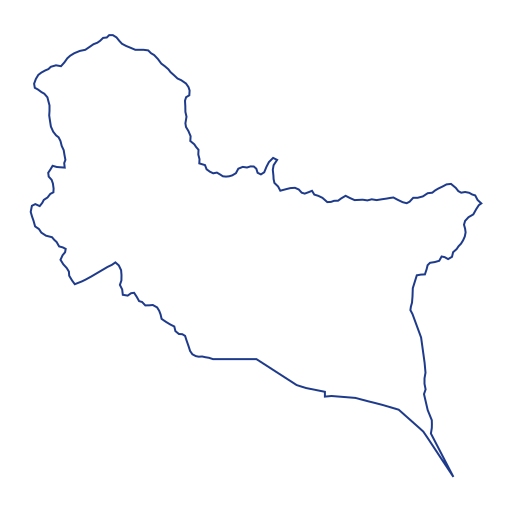 Cícero Dantas, Bahia, Brazil (Robinson projection)
{"feature_id": "56859067B8111110318306", "entity_name": "Cícero Dantas", "entity_type": "district", "adm_level": 2, "iso_a3": "BRA", "parent_name": "Brazil", "parent_adm1": "Bahia", "projection": "robinson", "projection_center": [-38.461, -10.521], "detail": "fine", "context": "isolated", "style": "outline", "palette": "blue", "viewbox_px": 512, "rotation_deg": 0, "n_neighbors": 0, "source": "geoboundaries", "source_scale": "gbopen_adm2", "svg_char_len": 3727}
<svg xmlns="http://www.w3.org/2000/svg" viewBox="0 0 512 512"><path d="M277.1,159.9L273.1,157.9L268.9,162.1L266.5,166.7L264.2,172.3L260.9,174.4L257.6,172.8L256.3,168.7L253.8,166.5L250.5,166.4L247.0,167.5L242.7,166.9L238.3,168.7L235.9,173.2L232.2,175.4L229.1,176.3L226.0,176.6L222.9,176.3L220.3,174.6L216.9,172.6L213.2,173.3L209.9,171.7L206.6,169.3L205.0,165.1L199.3,163.4L199.5,159.2L198.3,154.5L198.5,149.8L196.1,147.0L194.3,144.3L190.3,141.0L190.6,136.2L188.4,131.0L186.0,127.0L185.4,123.3L186.5,116.7L185.4,111.9L185.3,106.2L185.0,100.7L186.1,97.2L189.3,95.3L189.6,90.5L188.5,87.1L186.0,83.5L181.2,80.2L177.5,78.5L174.1,75.3L170.5,72.1L168.4,69.3L164.8,66.2L161.3,63.6L157.9,59.0L154.2,55.1L151.0,53.2L148.2,50.4L143.5,49.8L139.4,49.8L135.3,49.8L130.4,47.7L126.2,46.0L122.0,43.8L119.4,41.0L116.5,37.4L112.8,35.1L109.2,35.1L106.8,37.5L103.1,37.9L100.1,40.8L97.4,42.7L93.5,44.2L89.3,47.1L85.3,49.8L79.9,50.9L74.3,53.2L70.2,55.7L67.3,58.3L64.4,62.4L61.0,66.2L56.0,65.3L50.8,66.8L48.4,69.1L45.3,70.4L41.3,72.6L38.3,74.9L35.9,78.9L34.1,83.7L34.8,87.8L37.8,89.4L41.6,92.2L44.3,93.7L47.4,97.3L48.5,101.6L49.5,105.4L49.5,110.9L49.2,115.5L50.0,120.9L50.9,126.6L53.2,131.7L56.1,135.4L58.6,137.3L60.5,141.1L61.7,145.9L63.7,150.2L64.4,154.5L65.4,159.9L64.2,163.1L64.7,167.6L56.8,167.0L52.6,165.8L50.4,169.5L48.2,172.8L48.7,176.6L51.6,179.8L52.9,183.5L53.6,188.6L53.4,192.3L50.3,193.9L47.5,197.5L43.8,199.9L42.3,202.8L39.7,206.1L35.3,204.1L31.9,205.8L30.7,211.9L31.9,216.1L33.5,220.7L35.1,226.4L39.0,229.1L41.3,232.6L46.0,235.7L52.0,237.2L54.2,239.8L56.6,242.0L59.1,246.4L62.8,247.4L65.7,248.9L65.1,252.2L62.6,255.2L60.5,259.8L63.3,264.3L66.7,268.0L68.9,271.6L69.2,275.7L72.0,280.4L74.8,284.2L81.9,281.4L85.6,279.6L91.1,276.6L107.6,266.9L111.8,264.9L115.4,262.4L118.8,265.4L121.1,270.2L121.5,275.1L121.4,280.5L119.9,284.9L122.2,289.5L122.8,294.8L127.7,295.6L131.1,293.2L134.1,292.8L136.7,296.8L139.1,301.1L142.1,302.0L145.3,305.4L149.4,305.3L152.8,305.0L157.1,307.4L159.2,310.8L160.6,314.5L161.6,318.9L166.0,321.9L170.3,324.5L174.3,326.5L175.4,331.1L178.9,334.0L182.3,334.2L185.1,335.9L186.4,340.0L188.7,346.6L190.1,351.0L192.4,354.3L195.8,356.1L198.7,356.7L202.2,356.5L205.3,357.2L209.0,357.8L212.9,359.1L246.1,359.1L250.4,359.1L256.4,359.1L296.7,385.1L305.9,388.0L324.9,391.8L324.9,396.6L331.5,396.0L355.3,397.9L368.2,401.3L374.7,402.9L382.4,404.9L398.7,409.7L419.9,428.5L423.3,431.6L428.4,439.1L442.1,459.9L453.4,476.9L430.9,433.5L431.8,428.0L431.9,424.2L431.8,420.2L429.9,415.5L427.7,410.1L424.0,394.1L425.6,389.4L424.5,383.8L424.5,378.4L425.5,372.7L424.6,362.8L421.1,337.5L412.5,314.1L410.4,310.1L410.9,306.6L412.0,302.7L412.5,296.5L412.8,288.2L416.8,275.3L420.9,274.6L424.9,274.4L426.6,269.3L427.6,265.2L430.0,262.8L434.6,262.1L439.2,260.8L441.6,256.5L444.6,257.1L448.1,259.1L452.0,256.8L453.1,252.2L456.7,249.0L458.5,246.3L461.0,243.7L463.1,240.3L464.8,236.5L465.6,232.4L465.1,228.7L464.0,224.7L465.1,220.9L468.5,217.2L473.3,214.4L476.2,209.2L478.8,205.2L481.3,203.4L477.6,200.0L475.2,195.4L472.2,194.5L469.2,192.8L465.1,192.0L461.2,192.7L458.3,191.1L455.8,187.9L451.0,183.9L446.5,184.4L442.8,186.4L438.2,188.6L435.0,190.5L432.3,192.7L427.7,193.2L422.9,196.4L417.6,197.8L413.2,197.8L409.6,201.7L406.7,203.2L402.7,202.2L397.5,199.7L393.4,197.5L390.4,197.9L386.5,198.6L382.3,199.2L376.6,200.1L371.7,199.3L367.4,200.4L362.7,199.7L358.7,199.9L354.6,200.1L349.7,197.9L345.6,195.8L341.2,198.4L338.1,200.7L334.1,200.8L331.0,201.9L327.3,202.1L322.4,197.8L318.2,195.8L314.3,194.6L312.0,190.8L308.3,192.3L304.7,193.6L301.7,192.7L298.8,189.5L294.9,187.8L290.4,188.1L286.7,189.0L283.3,189.9L280.3,190.7L278.1,186.5L274.4,182.9L273.6,179.1L273.4,175.6L272.8,169.8L273.6,165.2L277.1,159.9Z" fill="none" stroke="#1e3a8a" stroke-width="2"/></svg>